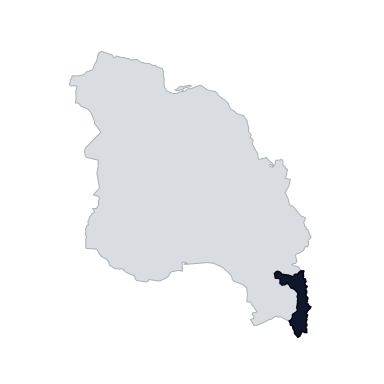 Iran, with West Azarbaijan highlighted, rotated 194°
{"feature_id": "IRN-3237", "entity_name": "West Azarbaijan", "entity_type": "Province", "adm_level": 1, "iso_a3": "IRN", "parent_name": "Iran", "parent_adm1": "", "projection": "orthographic", "projection_center": [44.982, 37.874], "detail": "fine", "context": "in_parent", "style": "filled", "palette": "ink", "viewbox_px": 384, "rotation_deg": 194, "n_neighbors": 0, "source": "natural_earth", "source_scale": "10m", "svg_char_len": 7954}
<svg xmlns="http://www.w3.org/2000/svg" viewBox="0 0 384 384"><g transform="rotate(194 192 192)"><path d="M182.1,112.9L185.9,112.7L192.6,109.7L193.1,109.1L194.7,104.1L196.9,101.7L200.7,98.7L203.3,97.5L212.6,96.7L213.0,94.8L214.5,93.6L224.6,92.8L226.3,94.1L227.3,96.7L236.0,98.0L237.8,98.6L240.1,100.3L241.9,100.6L243.9,99.4L245.3,99.8L247.5,98.9L254.4,100.9L255.7,103.8L257.1,105.0L258.7,106.0L264.2,107.5L266.0,108.6L270.6,113.6L281.0,111.7L281.9,112.8L282.2,115.2L283.8,120.7L283.4,123.0L285.0,124.6L285.4,128.2L286.4,130.6L285.7,134.2L284.6,135.1L285.8,138.0L285.2,141.2L285.5,142.3L284.2,145.1L284.3,146.0L281.6,148.9L284.3,151.9L281.0,152.7L279.4,156.7L280.6,160.9L280.3,163.2L280.9,164.4L281.9,165.1L286.6,165.2L286.9,165.7L282.9,172.8L283.4,175.2L288.9,187.3L289.2,193.8L290.6,200.2L302.8,200.0L304.4,201.4L305.8,204.8L306.2,207.5L306.0,209.0L294.9,227.9L303.0,234.9L303.5,236.7L308.8,244.0L313.2,247.4L320.3,248.3L323.8,250.8L326.6,250.1L327.0,254.2L329.3,262.5L328.9,266.5L331.4,266.9L335.0,265.6L336.5,266.0L337.4,267.3L336.6,268.3L337.2,271.6L336.4,272.5L336.4,275.7L330.9,276.9L326.0,279.3L324.3,280.8L323.5,283.3L321.8,283.4L321.4,284.3L317.9,286.6L317.4,293.2L316.3,295.0L316.3,304.4L315.5,304.7L313.9,306.6L302.2,305.6L300.8,303.6L299.6,303.4L298.2,305.7L292.4,305.5L290.5,306.2L289.2,305.7L286.2,306.2L283.6,305.2L277.5,307.3L273.5,305.6L269.4,305.5L264.4,306.3L260.2,305.2L258.1,306.1L257.0,305.0L250.8,304.7L248.5,300.9L248.2,298.8L246.4,295.4L245.4,290.3L243.7,286.7L240.8,283.9L233.7,282.9L230.2,284.3L227.7,286.4L223.4,287.9L220.2,291.8L218.2,291.8L210.5,297.4L208.7,297.5L202.4,295.0L199.6,294.6L194.1,295.3L190.9,293.4L190.0,292.0L182.5,289.2L177.9,286.5L176.4,283.7L174.3,281.8L169.9,280.4L167.3,278.8L160.6,278.6L155.6,274.4L155.5,272.9L152.5,268.1L151.8,264.5L151.1,263.5L148.7,262.2L148.3,261.2L148.7,258.9L145.6,257.6L145.1,256.5L145.0,253.0L137.4,244.8L135.7,240.1L134.4,240.0L128.1,243.5L126.2,241.8L120.4,239.0L119.6,237.9L121.0,237.3L122.4,237.8L123.3,237.1L122.9,236.1L121.4,235.5L119.5,235.6L120.1,236.6L118.3,237.6L118.0,238.8L118.5,242.3L117.8,243.3L114.9,244.1L113.0,245.3L111.3,244.0L110.8,241.5L109.7,239.8L108.1,239.3L106.9,237.7L104.8,236.9L104.5,227.9L99.6,227.8L99.5,221.0L101.5,214.1L96.7,208.1L94.5,203.5L93.2,202.6L90.8,202.8L82.7,196.6L79.9,195.0L76.0,194.6L75.5,192.4L76.4,189.9L74.6,186.7L74.0,185.8L72.4,185.4L72.5,183.4L70.5,183.5L66.6,178.0L65.5,177.2L67.6,172.9L66.1,169.5L67.0,166.6L68.9,166.7L69.5,162.8L72.9,158.8L75.9,157.1L76.2,155.9L75.5,153.7L73.6,151.1L73.8,148.8L74.4,147.7L77.6,146.4L77.7,145.9L76.2,145.1L70.7,145.1L67.7,142.4L64.9,141.8L63.2,135.9L62.7,135.2L61.4,135.0L60.6,133.9L60.1,130.0L58.2,128.2L56.6,122.4L56.5,121.0L57.0,119.7L54.0,117.2L53.6,113.3L54.2,112.4L50.7,109.6L49.2,109.5L49.0,109.0L51.4,103.0L52.3,101.6L50.3,100.7L50.3,97.7L49.8,95.2L50.0,92.9L48.6,91.2L48.3,90.1L48.8,87.5L47.4,86.3L46.7,83.5L51.6,82.8L52.5,78.5L54.3,76.8L57.4,78.8L61.7,85.7L64.3,87.7L66.3,90.0L75.6,92.3L77.6,91.5L80.8,91.6L84.7,87.3L86.5,86.7L91.1,82.4L96.8,78.3L99.7,77.6L104.3,82.4L101.8,84.0L101.5,85.2L101.8,86.4L103.8,87.6L104.1,89.0L103.5,89.7L100.9,90.5L100.2,92.0L103.1,94.1L104.5,96.0L106.1,96.4L108.6,99.4L112.3,98.8L113.4,106.0L115.7,112.0L119.9,114.3L130.3,115.7L131.6,116.8L133.4,120.0L136.3,122.2L144.6,126.4L153.7,128.0L159.6,127.4L180.8,120.2L182.8,120.0L179.7,121.7L181.0,122.2L183.8,121.9L184.3,121.3L184.4,120.4L182.1,112.9ZM231.6,287.9L230.4,290.1L228.4,292.1L226.7,291.7L220.5,295.0L218.8,295.0L218.5,294.3L225.3,290.5L225.6,289.7L225.1,288.2L227.4,288.6L229.8,287.1L231.9,286.5L233.0,287.2L231.6,287.9Z" fill="#d9dde1" stroke="#a8b0b8" stroke-width="1"/><path d="M54.4,76.7L54.6,76.9L54.9,77.4L55.1,77.6L55.9,78.0L56.1,78.2L57.2,79.0L57.3,79.1L57.5,79.2L57.8,79.3L58.1,79.3L58.3,79.6L58.4,80.0L58.8,81.6L59.0,82.0L59.3,82.2L59.2,82.4L59.2,82.6L59.6,82.8L59.8,82.8L60.0,83.0L60.5,83.4L60.6,83.5L60.7,83.8L60.9,83.9L61.0,84.0L61.3,84.7L61.4,84.9L61.5,85.1L61.6,85.3L61.8,86.1L61.9,86.4L62.2,86.3L63.6,86.7L63.9,86.6L64.0,86.6L64.0,86.9L64.0,87.0L64.3,87.1L64.5,87.2L64.6,87.4L64.4,87.7L64.5,87.9L64.7,88.0L64.8,88.0L65.0,88.3L65.1,88.7L65.1,88.8L65.3,88.9L65.6,89.1L65.6,89.3L65.6,89.5L65.6,89.8L65.7,90.0L66.0,90.2L66.3,90.3L66.5,90.4L66.4,90.5L64.9,92.1L64.6,92.8L64.2,94.6L64.4,95.6L64.8,96.5L64.8,97.4L64.3,98.3L61.9,100.7L61.2,102.0L61.0,102.8L61.2,103.4L62.1,104.5L62.2,104.8L62.4,105.0L62.5,105.5L62.5,105.8L62.4,106.4L62.9,111.1L63.2,111.4L63.3,111.6L63.4,112.7L63.4,112.8L63.2,112.9L63.1,113.0L63.1,113.4L63.3,113.8L63.4,114.1L64.3,115.2L64.7,116.0L64.5,118.1L64.7,119.1L65.3,119.9L69.3,122.5L71.1,122.8L72.6,122.8L74.5,124.5L74.8,125.0L76.5,125.9L77.1,126.5L77.7,126.7L78.1,126.5L78.4,126.1L78.4,125.9L78.6,125.4L79.0,124.9L79.9,124.3L80.6,124.2L80.9,124.2L81.3,123.8L81.8,123.4L82.5,123.5L82.9,124.0L83.5,124.3L84.2,124.4L84.6,124.8L84.7,125.2L84.5,125.4L85.1,127.0L85.1,128.2L85.6,128.9L87.0,129.1L90.3,128.6L92.3,132.9L92.0,133.0L91.6,133.2L91.5,133.6L91.6,133.9L91.5,134.1L91.3,134.6L90.7,135.3L89.7,135.8L88.1,135.7L86.7,135.3L86.1,135.0L85.9,134.7L85.6,134.5L85.4,134.2L85.1,133.9L77.9,134.7L74.4,134.2L73.2,134.7L72.9,135.1L72.9,136.0L72.2,137.0L69.9,137.7L69.5,138.2L69.4,138.5L69.1,138.8L68.9,139.7L68.1,140.5L67.9,141.1L67.3,141.7L66.9,142.0L66.5,141.9L66.2,141.9L65.7,142.1L65.4,142.2L65.2,142.4L64.9,142.5L64.6,142.4L64.3,142.2L64.2,141.9L64.3,141.5L64.5,141.2L64.6,140.9L64.7,140.6L64.5,140.2L64.1,139.6L64.0,139.3L64.0,138.5L64.0,138.1L63.8,137.9L63.5,137.7L63.4,137.5L63.8,137.3L63.5,137.0L63.4,136.7L63.4,135.9L63.3,135.5L63.1,135.1L62.9,134.8L62.5,134.8L61.8,135.1L61.4,135.1L61.0,134.9L60.8,134.7L60.7,134.4L60.7,134.2L60.5,133.9L60.4,133.8L60.3,133.5L60.2,133.3L59.9,133.1L59.7,132.8L59.7,132.6L59.8,132.5L60.0,132.4L60.0,132.0L60.2,131.5L60.4,130.8L60.5,130.5L60.3,130.1L60.0,129.5L59.8,129.2L59.5,129.1L59.3,129.1L59.2,129.0L59.0,128.9L58.9,128.8L58.7,128.6L58.1,128.6L57.8,128.5L57.5,128.4L57.4,128.1L57.5,127.6L58.0,127.0L58.2,126.7L58.3,126.3L58.2,125.9L58.1,125.6L58.0,125.3L58.1,124.9L58.2,124.7L58.3,124.5L58.2,124.3L57.9,124.2L57.7,124.0L57.6,123.9L57.2,124.0L57.0,123.9L56.9,123.6L56.7,123.4L56.4,123.0L56.4,122.8L56.6,122.3L56.7,122.0L56.6,121.7L56.5,121.4L56.4,121.0L56.5,120.7L56.9,120.5L57.0,120.2L57.1,119.7L56.8,119.3L56.0,118.8L55.9,118.6L55.8,118.3L55.7,118.2L55.2,118.2L54.8,117.6L54.6,117.4L54.1,117.4L53.9,117.3L53.8,117.0L54.0,116.5L54.0,116.2L53.9,115.8L53.9,115.4L54.0,115.0L54.1,114.6L54.1,114.3L53.8,114.1L53.5,113.8L53.6,113.2L54.2,112.7L54.3,112.5L54.3,112.3L53.8,111.7L53.4,111.4L53.1,111.2L52.7,111.3L52.3,111.4L52.1,111.4L52.0,111.2L52.1,110.8L51.9,110.7L51.7,110.7L51.4,110.3L51.4,110.1L51.3,109.9L51.2,109.8L50.7,109.6L49.6,109.6L49.1,109.5L48.9,109.2L49.0,109.0L49.1,108.8L49.2,108.6L49.2,108.4L49.1,108.1L49.2,107.9L49.3,107.7L49.5,107.2L49.8,106.9L50.0,106.6L50.1,106.2L50.4,105.9L50.7,105.8L50.7,105.6L50.6,105.3L50.6,105.2L50.8,105.1L51.0,105.0L51.1,104.8L51.2,104.6L51.3,104.2L51.3,103.9L51.3,103.1L51.7,102.6L52.2,102.3L52.5,101.8L52.5,101.5L52.4,101.3L52.2,101.0L52.0,100.9L51.8,100.8L51.6,100.8L51.2,101.1L50.5,100.9L50.3,100.9L50.2,100.8L50.1,100.6L50.2,100.3L50.2,100.2L50.1,99.7L50.3,98.8L50.3,98.5L50.2,97.6L50.3,97.0L50.3,96.6L50.2,96.3L50.1,96.2L49.8,96.1L49.6,96.0L49.6,95.9L49.7,95.7L49.8,95.6L49.7,95.3L49.7,95.1L49.7,94.9L49.7,94.5L50.1,93.3L50.0,92.8L49.3,92.4L49.1,92.2L48.9,91.9L48.8,91.6L48.7,91.4L48.7,91.1L48.6,90.9L48.4,90.7L48.3,90.4L48.2,90.2L48.4,89.8L48.6,89.6L48.8,89.4L48.6,88.8L48.7,88.5L49.0,88.0L48.9,87.5L48.4,87.2L47.8,86.8L47.4,86.6L47.4,86.4L47.5,86.1L47.3,85.6L47.3,85.3L47.3,85.2L47.2,84.7L47.1,84.3L47.0,84.2L46.7,83.8L46.6,83.5L46.8,83.3L47.0,83.2L47.4,83.1L47.7,83.1L48.1,83.1L48.8,82.9L49.1,83.0L50.0,83.4L50.4,83.5L50.7,83.4L51.4,83.1L51.6,82.9L51.8,82.5L51.8,82.2L51.8,81.9L51.9,81.5L52.0,81.3L52.0,81.1L52.0,80.9L51.9,80.6L52.0,80.4L52.0,80.1L52.5,79.2L52.6,78.9L52.6,78.7L52.5,78.2L54.0,76.8L54.4,76.7Z" fill="#0f172a" stroke="#020617" stroke-width="1.5"/></g></svg>